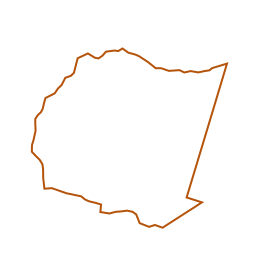 outline of Prata do Piauí, Piauí, Brazil, rotated 286°
{"feature_id": "56859067B9485913945767", "entity_name": "Prata do Piauí", "entity_type": "district", "adm_level": 2, "iso_a3": "BRA", "parent_name": "Brazil", "parent_adm1": "Piauí", "projection": "albers", "projection_center": [-42.169, -5.724], "detail": "fine", "context": "isolated", "style": "outline", "palette": "amber", "viewbox_px": 256, "rotation_deg": 286, "n_neighbors": 0, "source": "geoboundaries", "source_scale": "gbopen_adm2", "svg_char_len": 962}
<svg xmlns="http://www.w3.org/2000/svg" viewBox="0 0 256 256"><g transform="rotate(286 128 128)"><path d="M46.6,64.4L49.2,71.4L48.3,86.6L48.7,91.8L49.4,101.9L47.5,106.2L46.8,110.6L47.1,117.6L47.0,123.2L39.6,124.6L40.7,133.7L44.0,139.2L46.2,145.1L48.3,149.8L48.7,155.5L47.2,159.7L44.1,162.1L39.8,165.4L39.3,170.1L38.8,175.5L42.2,180.6L41.7,188.7L76.9,219.6L77.4,203.5L154.1,204.6L217.2,205.4L208.7,192.3L205.9,190.4L203.4,185.1L200.8,180.2L200.0,172.6L196.9,166.8L197.8,161.5L194.2,151.6L194.6,143.3L193.1,138.2L196.8,129.3L200.0,119.1L200.6,115.1L200.5,107.5L202.9,100.8L199.3,97.4L198.7,93.5L195.3,85.8L190.3,83.4L186.8,80.5L186.4,76.9L188.6,68.9L181.2,60.4L166.1,60.8L162.4,58.7L159.0,53.9L150.9,52.3L146.9,49.9L141.1,48.0L134.1,40.4L129.7,40.4L122.7,40.7L119.1,39.9L115.5,37.7L111.2,36.4L107.1,37.5L100.0,39.9L90.4,40.5L85.2,40.4L78.7,42.1L75.8,46.9L73.2,51.7L69.6,55.7L64.8,57.8L56.5,60.3L46.6,64.4Z" fill="none" stroke="#b45309" stroke-width="2"/></g></svg>